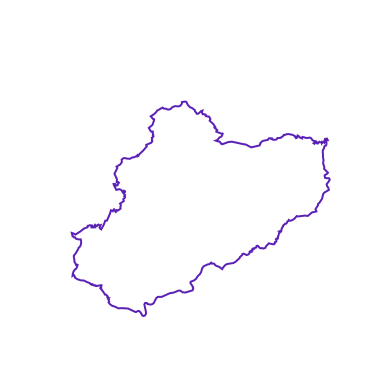 Boiu Mare, Maramures, Romania, rotated 153°
{"feature_id": "2599482B25280106664114", "entity_name": "Boiu Mare", "entity_type": "district", "adm_level": 2, "iso_a3": "ROU", "parent_name": "Romania", "parent_adm1": "Maramures", "projection": "natural_earth1", "projection_center": [23.582, 47.399], "detail": "fine", "context": "isolated", "style": "outline", "palette": "violet", "viewbox_px": 384, "rotation_deg": 153, "n_neighbors": 0, "source": "geoboundaries", "source_scale": "gbopen_adm2", "svg_char_len": 6052}
<svg xmlns="http://www.w3.org/2000/svg" viewBox="0 0 384 384"><g transform="rotate(153 192 192)"><path d="M317.7,210.1L318.5,206.7L317.8,206.1L317.9,205.4L316.8,204.5L316.7,203.4L315.9,202.3L314.2,201.0L312.7,200.4L312.9,199.2L313.7,197.2L315.1,195.4L316.4,194.3L318.5,193.7L319.2,192.9L323.7,190.0L326.1,189.0L326.7,188.0L327.7,184.8L328.4,183.2L328.3,180.2L328.5,179.7L327.8,179.1L327.2,179.3L327.0,178.9L329.1,176.9L330.7,176.1L332.0,175.9L333.7,174.9L335.2,173.4L336.5,171.5L335.0,171.7L334.8,169.6L335.2,168.9L333.8,166.4L331.1,163.7L328.9,162.5L328.0,161.6L326.8,159.8L324.5,157.3L324.3,156.1L322.8,155.3L323.3,154.7L321.5,153.4L322.3,153.3L320.7,152.7L320.5,152.0L319.9,151.6L315.6,150.4L315.0,149.9L316.5,148.7L316.4,148.3L316.9,148.1L316.7,147.7L317.3,147.6L316.4,143.7L316.1,140.1L315.5,139.9L314.6,137.9L314.6,136.7L315.1,136.9L315.3,136.4L314.5,135.6L315.1,135.6L315.3,134.8L315.3,134.5L314.8,134.8L314.8,133.9L315.6,132.7L315.6,132.0L316.4,131.5L316.0,129.2L314.6,126.6L313.4,125.6L310.2,121.6L307.1,120.3L301.9,117.2L296.9,110.8L296.4,110.5L294.1,110.5L293.2,110.0L292.5,108.1L292.3,104.4L291.6,103.6L290.9,103.4L289.8,103.4L288.1,104.6L287.3,106.7L285.5,113.5L284.1,114.4L282.5,113.4L282.5,112.4L281.8,111.8L280.0,110.5L278.3,110.1L276.5,110.4L272.2,113.6L270.1,114.1L266.5,112.3L257.9,111.9L253.5,110.6L248.8,110.3L247.1,109.3L245.9,106.9L243.7,105.5L236.3,104.1L234.8,105.2L234.8,106.3L234.2,106.8L234.7,111.3L234.4,112.3L233.5,112.6L230.1,112.3L227.8,112.8L224.9,114.5L222.3,115.2L220.1,116.6L217.7,119.3L215.3,120.5L211.3,120.4L209.0,119.8L207.4,120.4L206.9,120.3L206.9,119.3L204.8,118.1L204.6,116.6L203.9,115.1L201.9,113.2L200.1,109.6L198.7,110.6L194.9,112.0L192.4,111.6L187.4,109.9L184.7,110.1L179.6,111.5L178.8,112.3L175.8,113.1L175.1,113.9L174.0,113.6L171.9,111.0L170.1,110.8L168.3,111.5L167.9,112.5L167.2,112.8L166.3,112.7L166.8,112.1L165.9,111.6L165.2,112.4L164.8,112.3L164.6,112.6L164.8,113.1L164.0,113.2L163.9,113.7L163.0,113.4L162.8,113.8L162.1,113.2L161.3,113.7L159.9,113.4L159.0,114.6L158.1,114.4L157.5,113.6L157.2,111.8L156.5,110.8L154.7,110.0L154.3,109.3L152.2,108.9L150.6,110.0L147.0,111.4L142.9,108.2L142.0,108.4L141.0,109.5L140.7,109.1L139.1,109.9L138.7,111.0L137.9,111.3L137.8,111.9L138.1,112.1L137.9,112.2L137.6,112.1L137.4,111.5L136.5,111.6L135.5,113.5L134.9,113.7L133.0,116.0L132.1,116.0L132.1,116.6L131.6,116.9L131.9,117.3L130.4,117.1L130.2,116.7L128.4,119.0L126.6,119.9L126.1,120.7L123.4,121.4L123.1,121.1L122.6,121.1L121.1,121.6L120.4,122.4L119.1,122.6L118.5,123.1L117.9,121.9L115.9,121.4L113.2,121.6L109.6,123.0L108.7,122.1L102.1,119.7L99.7,118.1L94.4,119.3L90.0,118.2L89.7,120.7L85.9,122.9L85.0,124.2L83.3,124.6L79.1,127.0L76.1,130.6L74.5,131.4L69.1,131.7L68.6,133.9L69.0,136.0L68.5,137.8L65.0,139.5L63.6,140.7L63.7,142.1L65.8,143.2L67.1,144.4L66.2,146.7L63.4,146.9L62.1,147.4L63.8,152.7L62.7,154.4L62.2,158.0L60.3,160.8L59.4,163.8L58.3,165.8L57.5,168.0L56.5,169.8L54.7,170.9L53.0,172.8L51.5,172.6L50.6,173.4L49.6,175.3L50.2,175.8L49.5,176.8L48.3,177.0L47.5,176.6L47.5,178.3L49.4,178.9L51.5,176.9L51.9,176.2L52.1,176.7L52.8,177.0L53.8,176.6L53.4,177.3L53.5,177.8L54.5,177.4L55.8,179.0L57.6,178.1L58.5,178.4L58.9,179.3L58.2,180.0L58.6,180.9L60.4,180.1L60.7,179.5L61.1,179.4L61.5,180.2L60.5,180.3L59.5,181.7L61.1,183.2L61.5,186.0L62.3,187.0L64.7,187.7L66.7,189.1L67.1,189.7L68.6,190.9L69.2,190.6L69.6,189.8L71.1,191.5L71.3,192.9L71.9,193.4L72.0,194.2L72.2,194.4L73.2,193.0L73.9,193.7L74.6,192.7L74.9,192.8L74.8,194.1L75.3,194.6L75.1,195.3L75.3,195.7L76.5,197.3L79.5,199.7L81.6,200.6L83.5,200.6L84.1,201.2L86.0,200.3L87.5,200.3L88.2,199.9L91.4,201.3L92.5,200.5L93.4,200.6L95.3,201.2L96.3,202.1L96.3,202.9L96.8,203.0L96.7,203.6L97.7,203.8L98.0,204.5L99.3,204.9L100.9,204.0L104.9,205.2L106.6,205.3L109.2,204.4L109.3,203.8L110.6,202.8L119.0,204.9L122.6,210.0L123.9,210.8L133.6,218.7L136.9,220.0L143.3,220.8L143.5,221.5L144.1,221.7L144.4,223.8L145.0,225.0L146.2,225.5L147.5,227.0L146.2,226.8L142.7,228.1L140.4,228.1L138.2,229.9L138.2,230.2L139.0,230.4L143.0,234.7L142.9,235.0L141.4,235.8L142.7,238.9L142.1,239.0L142.2,239.5L141.8,239.5L142.2,243.0L143.9,247.5L142.5,248.6L142.5,251.3L145.2,253.3L145.3,253.8L144.7,254.6L146.0,256.0L147.1,256.4L147.0,258.3L145.8,259.8L147.4,259.9L150.4,259.0L151.5,259.1L152.2,259.5L152.1,260.1L152.7,262.4L152.3,263.6L153.7,266.6L155.4,268.7L156.2,271.4L156.1,274.8L157.3,275.8L160.1,276.7L160.3,276.0L161.5,274.9L163.5,274.1L165.2,274.4L168.3,276.3L171.4,276.4L173.2,275.7L174.8,275.8L176.4,276.7L177.6,278.2L179.4,279.2L179.9,280.6L186.1,280.3L188.3,279.2L190.4,278.6L194.4,278.2L193.6,274.8L192.8,274.2L192.9,273.5L196.8,269.7L201.4,268.7L201.1,264.6L200.7,264.1L199.5,263.7L199.5,263.4L200.6,261.5L200.4,260.9L200.6,260.3L201.2,260.2L201.5,259.7L201.3,258.9L203.3,258.4L203.2,257.8L204.4,256.1L204.2,255.4L205.8,254.4L211.4,254.8L211.6,254.6L211.5,253.2L216.9,251.0L222.1,249.5L223.3,248.5L224.4,248.5L224.2,249.5L225.0,249.2L226.5,249.2L228.4,249.4L229.5,249.9L232.0,249.7L234.4,251.0L236.4,252.7L237.6,253.2L239.9,252.9L241.0,250.4L243.5,249.1L247.7,248.9L247.6,247.3L252.8,243.5L253.1,237.4L254.6,235.0L253.1,234.2L252.9,233.4L253.9,233.1L255.1,231.9L255.7,231.8L257.1,232.3L257.2,232.7L256.7,233.7L256.9,234.0L258.2,234.7L258.4,234.0L258.5,228.2L255.6,227.6L254.4,226.4L254.0,225.4L253.9,223.7L253.0,224.3L252.6,224.3L251.6,223.7L251.4,222.8L251.8,222.4L253.5,223.0L253.4,221.0L253.0,219.7L254.3,219.1L253.9,217.9L254.1,217.5L256.5,216.8L256.9,214.9L261.4,214.3L261.2,213.2L261.4,212.5L262.7,211.0L263.2,209.6L266.5,209.1L267.1,210.1L267.7,210.2L268.4,209.8L268.6,208.9L269.0,208.8L269.3,212.0L269.9,211.9L271.3,210.8L272.5,212.5L275.0,209.9L280.8,205.1L282.4,205.8L285.6,202.8L289.9,199.9L290.4,200.8L290.6,202.2L288.5,204.0L289.2,204.1L289.8,204.5L290.0,205.4L290.4,205.5L291.4,205.4L292.2,204.8L292.9,205.5L293.3,206.8L294.6,206.0L294.5,204.6L297.4,205.9L297.7,206.1L297.5,206.6L296.3,206.9L296.2,207.5L298.3,208.9L299.2,208.8L300.3,209.2L301.1,208.0L304.6,208.5L309.7,207.5L315.2,207.0L316.3,208.7L317.7,210.1Z" fill="none" stroke="#5b21b6" stroke-width="2"/></g></svg>